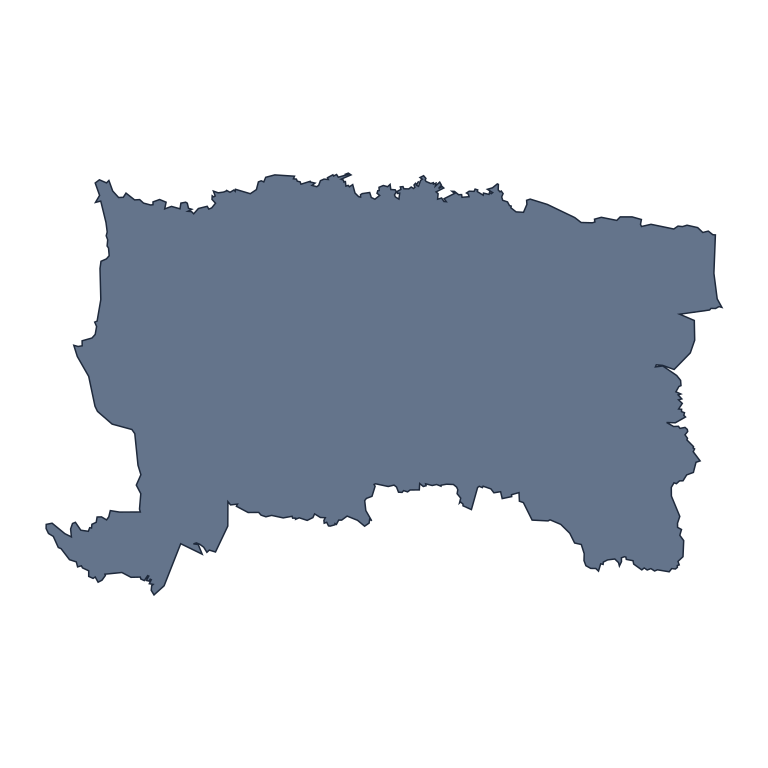 outline of Ramallah & Al Bireh, West Bank, Palestine
{"feature_id": "87354302B37341560226836", "entity_name": "Ramallah & Al Bireh", "entity_type": "district", "adm_level": 2, "iso_a3": "PSE", "parent_name": "Palestine", "parent_adm1": "West Bank", "projection": "orthographic", "projection_center": [35.194, 31.945], "detail": "fine", "context": "isolated", "style": "filled", "palette": "slate", "viewbox_px": 768, "rotation_deg": 0, "n_neighbors": 0, "source": "geoboundaries", "source_scale": "gbopen_adm2", "svg_char_len": 6086}
<svg xmlns="http://www.w3.org/2000/svg" viewBox="0 0 768 768"><path d="M715.4,234.9L712.8,234.7L708.3,231.1L702.8,232.5L697.7,227.6L687.0,225.2L682.5,226.6L678.0,226.1L673.8,229.0L651.0,224.3L641.5,226.5L640.5,224.4L641.4,219.5L632.2,216.9L620.2,216.9L616.8,220.4L601.3,217.3L594.5,219.2L594.9,222.0L592.3,222.8L581.1,222.5L574.8,217.6L547.3,204.4L530.2,199.1L526.6,200.3L526.9,204.4L523.5,212.3L516.1,211.9L510.9,207.8L511.2,206.1L509.5,205.6L507.5,201.9L502.7,200.3L501.7,196.9L503.1,193.6L501.2,191.0L500.0,191.8L498.2,189.9L498.4,184.4L497.3,183.9L492.5,187.8L487.4,189.3L492.7,192.6L491.2,193.7L489.5,192.4L489.0,194.4L483.5,193.1L483.2,195.2L477.3,191.6L477.7,189.9L475.1,189.1L474.1,191.4L469.2,191.2L466.5,193.0L468.3,194.1L469.0,196.7L462.0,197.3L461.6,194.6L458.6,194.7L454.5,191.4L452.0,191.3L454.6,193.4L444.1,198.7L446.3,201.7L443.9,201.5L441.6,198.0L437.6,199.2L438.1,193.7L436.1,191.9L443.8,188.0L442.1,186.5L438.6,188.5L441.4,185.1L439.7,182.1L435.3,186.2L436.0,183.1L433.4,184.1L433.3,182.7L430.8,183.5L426.1,181.5L425.2,180.1L425.9,178.4L423.6,175.7L420.0,177.5L422.3,179.2L420.6,180.4L418.5,186.3L416.5,185.3L418.7,181.3L416.5,184.5L415.5,183.3L414.0,185.0L414.9,187.3L413.5,188.5L411.2,187.0L408.8,188.9L403.9,188.8L403.0,186.6L400.3,186.9L400.9,189.4L397.2,191.4L397.4,193.5L399.7,193.2L398.9,199.1L395.4,197.0L394.5,194.9L396.3,191.8L395.2,189.8L390.8,189.5L390.1,184.4L387.6,186.7L383.3,185.5L379.0,187.3L379.2,190.5L377.8,190.7L377.0,193.3L379.7,195.4L374.9,199.2L371.3,197.5L369.7,192.5L362.2,193.6L360.5,194.7L360.6,197.1L358.7,196.7L355.0,193.0L352.7,184.6L349.4,186.8L348.2,185.4L345.9,186.1L345.4,181.6L343.9,182.0L343.4,180.1L341.1,179.2L351.0,174.9L348.3,173.1L346.3,173.9L348.6,174.3L338.3,177.2L336.6,174.5L333.6,176.0L332.9,174.8L327.5,177.7L328.3,179.5L324.0,179.1L320.4,180.7L318.7,185.3L316.8,186.7L312.0,185.4L315.0,183.1L309.9,181.9L310.8,181.1L301.0,184.2L300.1,181.8L297.3,181.2L296.4,179.1L293.4,178.8L294.5,176.2L274.8,174.9L265.7,177.3L263.8,181.9L261.2,180.8L258.4,181.9L256.4,189.6L250.3,193.7L235.5,189.3L235.2,191.3L233.9,190.0L230.0,192.3L226.1,190.1L226.6,190.9L223.4,192.1L218.2,192.8L213.4,191.1L215.2,196.0L213.7,196.9L212.2,195.8L212.0,199.4L215.5,203.2L211.7,207.9L208.8,209.1L207.2,206.3L198.4,208.5L193.7,213.8L191.5,211.6L187.9,211.3L191.8,209.3L188.5,208.3L187.3,203.2L185.7,202.2L180.9,203.1L180.0,208.8L171.5,206.4L164.7,208.9L166.1,202.2L159.6,199.5L153.0,201.9L153.0,204.7L150.7,205.0L143.5,203.1L139.7,199.6L134.6,199.9L126.0,193.1L123.3,197.3L118.6,197.5L112.7,191.0L108.9,180.5L106.5,182.9L99.4,179.8L95.2,183.0L99.6,195.4L95.5,202.4L100.7,201.1L101.3,203.3L106.0,222.6L107.2,232.0L106.2,235.8L107.7,239.8L107.1,246.0L108.5,248.0L109.2,255.7L106.4,258.9L101.0,261.3L100.0,268.5L100.8,299.6L97.1,321.1L94.7,322.1L96.6,326.5L95.2,334.4L92.0,338.0L82.1,340.8L82.2,345.8L78.1,346.5L73.8,345.3L77.3,356.5L88.7,376.4L95.0,406.3L97.5,411.4L112.1,424.1L131.9,429.5L134.8,433.7L138.0,465.3L140.9,474.7L136.3,485.1L140.8,493.7L139.5,509.1L140.3,512.0L119.6,512.1L110.3,510.6L108.8,516.8L106.6,519.9L101.5,516.9L97.1,517.0L96.2,522.3L91.9,524.3L91.5,528.0L89.7,527.7L88.3,531.3L80.8,530.2L75.4,522.3L72.5,523.5L70.6,529.0L71.4,536.9L64.9,533.7L52.1,523.2L46.2,524.4L46.1,528.5L48.5,533.5L53.3,536.4L58.3,547.5L61.1,548.7L69.5,559.7L76.3,561.9L77.6,566.9L81.4,565.8L82.5,567.9L88.7,570.8L88.7,576.4L93.1,578.4L95.2,577.0L98.1,582.2L102.0,580.2L105.4,575.5L104.9,574.2L121.9,572.5L131.0,577.3L140.3,577.1L140.8,579.0L144.3,580.6L147.7,575.6L148.8,576.1L146.4,580.5L149.1,581.1L150.2,579.2L151.3,579.7L149.3,583.7L153.1,584.4L151.7,585.7L151.2,590.3L154.0,594.9L164.1,585.8L180.7,543.7L202.2,554.2L198.2,544.5L193.4,543.9L196.4,542.9L199.8,544.3L203.7,547.2L206.9,552.3L209.3,550.1L215.5,552.0L227.8,526.1L227.9,501.7L230.6,504.9L237.5,504.1L236.4,506.3L248.1,512.5L258.7,512.4L261.0,515.1L265.9,516.8L271.6,515.4L283.2,517.9L292.1,516.3L292.6,518.1L295.7,518.2L295.6,519.3L299.2,517.8L307.2,520.4L312.9,517.6L314.6,513.9L320.4,517.5L325.3,517.7L323.9,520.4L324.2,523.2L326.7,522.3L328.5,525.9L330.2,526.1L334.9,524.8L335.0,523.6L336.4,524.4L338.7,520.1L341.7,520.1L347.1,516.1L357.5,520.3L364.6,526.2L369.1,523.1L369.7,519.0L371.7,520.8L365.8,510.5L364.7,500.6L366.4,498.4L372.0,496.3L375.1,486.3L374.1,484.4L375.6,483.8L388.2,486.5L394.0,485.1L396.5,487.0L398.5,492.2L402.1,492.4L403.6,490.6L407.6,491.9L410.1,490.0L419.3,489.9L419.7,483.5L423.3,486.5L426.1,485.7L425.6,483.8L432.2,485.5L436.6,484.5L441.0,486.2L441.1,485.2L446.5,484.2L453.4,484.5L456.6,487.1L457.8,489.7L457.1,493.7L460.7,498.1L459.5,503.0L460.6,502.0L463.0,504.1L463.0,505.8L471.4,509.6L477.6,487.5L479.2,486.3L482.4,487.6L483.1,486.2L490.9,488.9L493.9,492.8L500.6,491.7L502.2,498.6L511.7,496.6L511.5,494.7L519.0,492.6L519.4,501.2L523.4,502.6L532.1,520.1L548.1,520.9L550.0,519.8L560.8,524.4L569.8,533.3L574.6,543.0L581.3,544.5L584.2,553.7L584.0,560.6L585.9,565.7L590.7,568.4L595.8,568.5L598.5,571.1L600.7,563.8L603.1,564.4L603.3,562.1L607.6,559.9L614.8,559.0L618.5,562.6L619.4,566.0L621.5,561.6L621.4,557.8L624.5,556.7L625.9,557.1L626.3,559.4L633.0,560.7L633.7,564.1L641.8,569.9L644.2,568.0L647.2,570.0L650.9,568.6L654.6,571.0L657.4,569.8L669.2,571.8L671.7,568.6L675.4,569.0L677.4,567.4L677.3,565.5L679.2,564.9L678.0,561.4L683.0,556.7L683.7,540.6L679.8,535.3L681.5,529.5L677.6,527.4L677.5,523.2L679.8,516.4L671.4,496.1L671.3,487.4L674.0,482.8L676.4,483.7L679.5,480.9L683.0,480.8L686.7,474.9L693.4,472.4L696.0,462.3L700.1,460.9L693.2,451.7L694.6,448.9L693.1,447.9L693.5,446.6L686.9,439.9L687.5,438.3L685.0,434.8L687.7,431.5L687.3,429.4L685.0,427.4L680.0,428.4L678.4,426.3L673.6,426.5L666.6,422.5L675.3,422.8L685.5,417.0L683.8,415.3L684.5,412.7L681.5,411.6L681.6,409.3L678.6,409.0L682.3,403.4L678.5,399.8L681.8,398.9L678.1,394.9L680.8,394.0L675.9,391.8L678.9,386.5L681.0,385.6L680.6,380.4L676.7,375.5L662.8,366.0L655.4,366.9L656.3,364.8L662.7,365.4L674.1,369.5L690.3,352.9L694.7,340.2L694.3,320.5L679.6,314.2L709.6,310.0L711.0,308.4L715.5,308.5L719.0,306.6L721.9,307.4L717.2,298.9L713.9,273.3L715.4,234.9Z" fill="#64748b" stroke="#1e293b" stroke-width="1.5"/></svg>